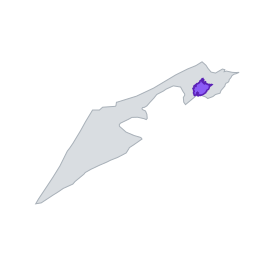 Kinneret, HaZafon, Israel shown in context, rotated 47°
{"feature_id": "584046B15624900320210", "entity_name": "Kinneret", "entity_type": "district", "adm_level": 2, "iso_a3": "ISR", "parent_name": "Israel", "parent_adm1": "HaZafon", "projection": "equal_earth", "projection_center": [35.507, 32.776], "detail": "fine", "context": "in_parent", "style": "filled", "palette": "violet", "viewbox_px": 256, "rotation_deg": 47, "n_neighbors": 0, "source": "geoboundaries", "source_scale": "gbopen_adm2", "svg_char_len": 5009}
<svg xmlns="http://www.w3.org/2000/svg" viewBox="0 0 256 256"><g transform="rotate(47 128 128)"><path d="M163.1,8.8L162.0,12.0L161.0,13.7L160.6,16.2L161.3,18.3L161.7,21.2L162.5,22.0L162.8,23.9L162.1,25.7L162.5,27.2L163.4,28.6L164.0,34.3L165.3,37.0L163.2,41.1L162.9,44.5L160.8,49.6L158.4,50.0L152.8,52.8L152.1,53.6L151.1,55.2L150.9,56.5L150.1,70.0L147.1,69.6L143.4,66.7L142.7,64.1L141.6,63.3L138.9,62.9L133.9,61.6L128.1,66.1L125.6,73.5L125.1,76.9L123.1,84.1L123.8,88.6L124.2,94.4L124.7,99.1L124.1,101.9L123.0,103.4L123.3,104.5L124.3,104.9L127.5,103.6L130.9,104.9L134.1,107.4L134.3,108.9L132.1,109.9L126.7,113.6L122.9,117.9L121.9,121.9L119.3,130.3L119.6,132.1L120.9,133.1L129.7,132.2L137.6,128.7L143.7,125.1L145.6,125.3L144.3,134.6L143.3,140.4L143.7,141.4L145.0,146.3L142.5,155.5L139.6,162.9L138.6,166.4L135.8,174.2L132.9,183.3L131.4,189.6L131.7,191.8L131.0,203.3L131.4,206.6L128.0,216.6L127.3,221.6L126.0,228.3L123.6,242.5L120.5,247.2L118.9,241.9L115.3,226.7L112.8,216.4L109.3,203.6L103.5,188.1L102.9,184.3L101.7,178.9L97.7,164.8L94.4,154.7L90.7,141.7L95.4,136.6L95.5,132.4L103.5,122.5L103.4,121.5L101.3,118.9L101.6,118.5L110.5,100.1L116.3,82.0L121.7,56.9L125.5,44.1L128.7,35.7L130.1,28.7L135.3,28.2L139.2,28.9L143.8,29.1L147.5,26.5L149.3,18.7L151.4,17.4L152.4,19.3L153.5,17.2L158.4,13.8L160.8,11.5L163.1,8.8Z" fill="#d9dde1" stroke="#a8b0b8" stroke-width="1"/><path d="M142.5,40.1L142.5,40.3L142.7,40.6L142.7,40.9L142.7,41.3L142.8,41.6L142.9,41.8L143.0,41.9L143.1,42.0L143.0,42.3L142.8,42.5L142.7,42.8L142.7,43.0L142.7,43.4L142.9,43.6L143.0,43.7L143.0,43.8L143.2,44.0L143.4,44.2L143.4,44.4L143.5,44.5L143.5,44.8L143.5,45.0L143.4,45.0L143.2,45.1L143.2,45.3L143.2,45.5L143.2,45.9L143.3,46.0L143.2,46.4L143.2,46.5L143.2,46.8L143.1,47.0L142.8,47.1L142.6,47.2L142.5,47.3L142.5,47.6L142.5,47.8L142.7,48.0L142.8,48.2L142.7,48.4L142.6,48.5L142.5,48.8L142.5,49.1L142.8,49.2L143.0,49.0L143.2,49.4L143.3,49.4L143.7,49.5L143.8,49.5L143.9,50.1L143.7,50.2L143.4,50.0L143.2,50.0L142.9,50.0L142.7,50.0L142.3,50.3L142.3,50.5L142.3,51.2L142.4,51.3L142.5,51.4L142.6,51.5L142.8,51.7L143.1,51.8L143.2,52.0L143.3,52.0L143.5,52.0L143.7,52.3L143.9,52.3L143.9,52.5L143.9,52.8L143.7,52.9L143.5,53.1L143.4,53.1L143.3,53.3L143.3,53.5L143.5,53.6L143.7,53.4L143.8,53.4L144.1,53.5L144.3,53.8L144.5,53.8L144.7,54.0L144.8,54.1L145.0,54.3L145.3,54.4L145.5,54.3L145.8,54.4L146.3,54.4L146.4,54.5L146.5,54.7L146.4,55.0L146.4,55.5L146.6,55.7L146.7,55.8L146.9,55.9L146.9,56.0L147.0,56.2L147.4,56.2L147.7,56.3L147.8,56.4L147.8,56.5L148.1,56.6L148.3,56.8L148.5,56.8L148.9,57.0L149.1,57.1L149.4,57.3L149.5,57.3L149.7,57.2L149.7,56.9L149.7,56.7L149.8,56.5L149.9,56.4L150.1,56.2L150.1,55.7L150.1,55.4L150.3,55.2L150.4,54.8L150.3,54.6L150.2,54.5L149.8,54.4L149.6,54.4L149.5,54.2L149.4,54.1L149.3,53.9L149.2,53.8L149.3,53.7L149.4,53.4L149.4,53.1L149.3,52.9L149.6,52.9L149.9,52.7L150.1,52.7L150.3,52.6L150.5,52.7L150.5,52.8L150.4,52.9L150.4,53.2L150.5,53.3L150.7,53.6L150.8,53.7L150.9,53.8L151.0,54.0L151.1,54.4L151.0,54.5L150.9,55.0L151.0,55.0L151.3,55.1L151.5,55.0L151.8,55.1L152.0,54.8L152.0,54.6L152.3,54.6L152.5,54.6L152.7,54.4L152.7,54.2L152.4,53.9L152.3,53.7L152.6,53.4L152.6,53.2L152.8,53.1L153.0,52.8L153.3,53.0L153.6,52.9L153.7,52.7L153.8,52.6L153.8,52.2L154.0,52.0L154.1,51.5L154.1,51.3L154.2,51.2L154.3,51.1L154.5,50.9L154.5,50.3L154.6,50.1L154.8,49.8L154.8,49.4L154.8,49.2L154.9,48.8L154.9,48.6L154.8,48.4L154.9,48.2L155.0,48.1L155.0,47.7L155.1,47.4L155.2,47.1L155.0,46.9L154.9,46.4L154.7,46.1L154.7,45.7L154.7,45.1L154.4,45.0L154.2,44.9L154.2,43.8L154.3,43.6L154.5,43.4L154.5,42.9L154.5,42.4L154.4,42.3L154.3,42.1L154.2,41.7L154.1,41.4L153.9,41.2L153.7,40.8L153.6,40.6L153.4,40.3L153.3,40.1L153.2,40.1L152.9,39.9L152.9,39.7L153.0,39.6L153.1,39.4L153.3,39.3L153.4,39.2L153.5,39.0L153.4,38.9L153.3,38.5L153.4,38.3L153.4,38.2L153.5,38.1L153.6,37.8L153.6,37.4L153.6,36.9L153.4,37.0L153.2,37.2L153.0,37.3L152.9,37.4L152.9,37.5L152.9,37.9L152.9,38.0L152.7,38.1L152.5,38.3L152.4,38.3L152.1,38.5L151.9,38.5L151.7,38.6L151.7,38.8L151.7,39.0L151.4,39.5L151.2,39.8L150.9,39.7L150.7,39.6L150.5,39.8L150.3,39.8L150.2,39.9L150.1,40.1L149.8,40.1L149.6,40.1L149.5,40.5L149.3,40.6L149.2,40.7L149.0,40.8L148.8,40.8L148.8,40.7L148.7,40.4L148.4,40.4L148.3,40.5L148.2,40.5L148.1,40.4L147.8,40.4L147.7,40.3L147.6,40.2L147.4,40.1L147.1,39.8L146.9,39.9L146.9,40.1L146.7,40.1L146.7,40.3L146.7,40.5L146.7,40.8L146.9,41.2L146.9,41.3L147.0,41.4L147.2,41.6L147.3,41.6L147.6,41.7L147.8,41.8L147.8,42.1L147.7,42.1L147.5,41.8L147.4,41.8L147.2,42.0L146.8,42.2L146.6,42.2L146.3,42.2L146.2,42.1L146.0,41.9L145.9,41.8L145.7,42.1L145.4,42.2L145.2,41.9L145.0,41.6L144.8,41.6L144.7,41.7L144.6,41.9L144.5,42.0L144.4,42.1L144.2,41.9L144.1,41.6L144.2,41.4L144.1,41.2L144.4,41.1L144.5,41.1L144.8,41.1L144.8,40.8L144.8,40.6L144.8,40.4L144.7,40.3L144.7,40.2L144.6,39.9L144.4,39.8L144.3,39.6L144.2,39.6L143.9,39.6L143.7,39.7L143.6,39.8L143.4,39.8L143.2,39.8L143.0,39.7L142.9,39.6L142.8,39.8L142.8,40.0L142.7,40.0L142.5,40.1Z" fill="#8b5cf6" stroke="#5b21b6" stroke-width="1.5"/></g></svg>